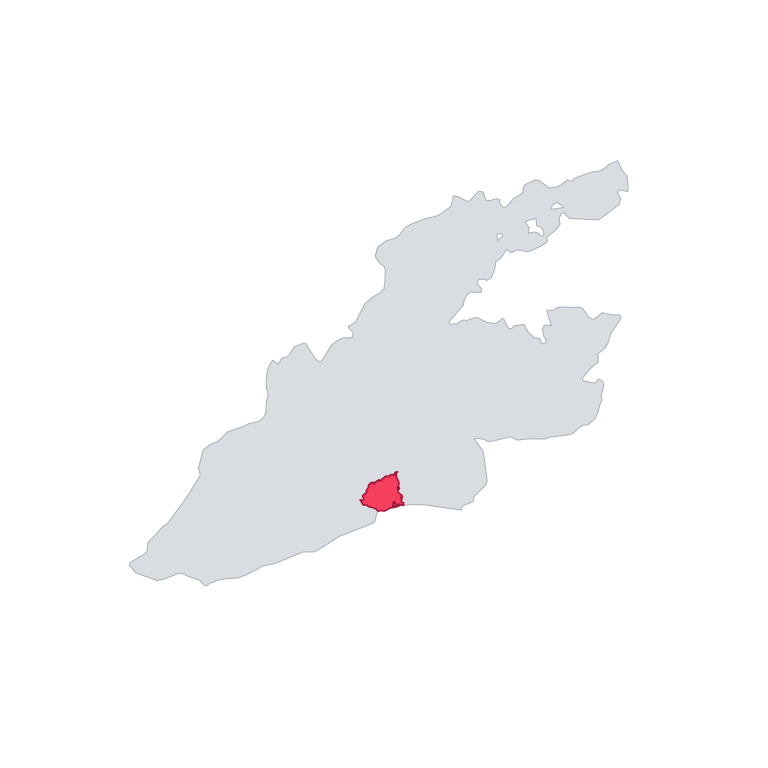 Chuy, Chuy, Kyrgyzstan (highlighted), rotated 157°
{"feature_id": "92254566B95692459438099", "entity_name": "Chuy", "entity_type": "district", "adm_level": 2, "iso_a3": "KGZ", "parent_name": "Kyrgyzstan", "parent_adm1": "Chuy", "projection": "orthographic", "projection_center": [75.313, 42.647], "detail": "fine", "context": "in_parent", "style": "filled", "palette": "rose", "viewbox_px": 768, "rotation_deg": 157, "n_neighbors": 0, "source": "geoboundaries", "source_scale": "gbopen_adm2", "svg_char_len": 8361}
<svg xmlns="http://www.w3.org/2000/svg" viewBox="0 0 768 768"><g transform="rotate(157 384 384)"><path d="M177.7,451.7L179.5,450.6L185.4,449.7L197.2,449.2L201.1,450.2L208.9,455.4L215.1,455.1L216.2,455.8L218.4,460.0L227.2,454.3L233.4,452.8L236.8,446.9L243.7,440.0L249.4,439.1L249.4,440.2L250.5,441.3L256.2,443.2L258.0,441.4L259.0,438.8L257.1,434.6L257.2,432.8L259.1,430.4L268.1,434.6L270.2,434.6L274.5,432.5L278.4,428.7L279.9,425.7L299.0,416.3L300.4,414.6L300.1,413.3L292.3,410.7L288.7,411.9L285.4,411.8L283.5,410.3L274.0,409.5L271.9,408.4L265.8,401.0L258.1,396.2L254.3,396.4L249.7,398.1L248.3,397.2L248.2,390.4L247.4,386.3L244.8,385.3L241.2,386.7L231.8,384.1L231.0,375.6L227.7,368.0L222.8,364.8L222.8,360.3L221.1,358.3L219.6,358.7L217.5,360.9L218.3,365.9L217.3,370.9L216.1,373.3L213.8,375.1L211.3,375.0L207.1,372.3L205.7,387.3L204.8,388.2L199.7,385.8L195.5,386.6L189.4,385.3L184.8,382.6L175.9,379.3L171.7,376.3L169.6,366.1L167.3,362.4L165.0,361.5L155.3,364.4L145.7,357.7L140.9,356.1L139.7,354.2L140.1,351.9L155.7,341.5L162.0,334.1L165.8,331.1L175.4,328.1L177.9,321.1L178.7,320.4L188.4,317.4L199.4,311.7L199.6,310.0L198.7,308.5L189.4,302.3L184.4,304.7L181.7,301.2L181.9,297.8L185.4,292.2L188.2,289.4L189.6,283.9L193.6,280.4L197.9,274.6L202.9,270.0L211.9,266.8L216.8,268.2L221.5,267.6L228.8,264.9L233.2,264.9L251.6,270.1L257.7,270.6L271.9,276.9L283.1,280.2L288.4,286.0L306.4,289.0L311.4,290.8L313.1,293.5L318.2,297.1L322.6,298.0L319.0,284.4L320.7,276.4L326.9,254.6L329.9,251.3L344.7,245.4L348.2,240.9L358.7,241.1L360.9,240.3L362.1,237.7L394.4,257.3L406.8,262.7L423.9,267.7L438.3,269.3L440.8,268.1L446.6,260.6L449.3,260.2L485.2,261.2L510.8,256.8L514.5,256.9L524.1,261.0L554.5,261.4L566.5,263.8L585.4,262.2L593.4,262.4L607.9,267.2L613.0,268.2L622.4,268.6L625.9,267.5L628.0,268.7L630.4,275.4L639.7,283.7L643.2,288.2L646.6,289.9L663.6,290.4L670.0,291.9L686.5,307.4L689.0,316.8L687.5,318.9L671.0,321.1L667.3,322.7L663.6,330.0L641.6,339.8L638.3,339.8L608.9,357.4L588.6,372.0L587.9,378.6L576.2,394.1L567.0,396.3L559.2,396.1L546.4,401.1L529.9,399.9L524.3,400.3L513.5,398.5L509.1,399.7L504.6,402.8L498.4,414.9L495.8,417.8L494.6,420.6L493.8,426.4L491.4,432.6L486.1,442.1L481.5,446.5L477.1,449.4L473.7,443.6L468.1,447.7L462.8,446.9L459.6,448.1L452.2,453.2L441.3,453.0L440.2,451.3L438.0,437.6L436.0,431.1L434.5,429.7L432.6,429.5L417.0,440.3L409.8,442.2L403.8,442.5L396.1,439.3L394.4,440.1L393.0,441.8L392.5,444.0L394.7,450.1L394.0,451.3L390.5,451.2L385.6,452.6L370.5,465.2L361.0,468.4L352.2,469.5L346.9,471.7L343.9,476.4L337.8,489.4L338.0,492.1L340.4,495.7L342.1,503.6L341.6,505.7L336.8,512.1L330.7,514.0L325.9,514.9L316.8,513.8L312.1,515.0L303.3,519.8L296.2,520.5L282.8,520.3L269.7,518.0L265.3,518.5L253.6,521.1L249.5,525.5L247.2,529.7L246.1,530.3L241.5,526.2L235.8,519.3L232.9,519.3L222.2,524.3L220.7,524.1L217.8,521.9L218.5,513.4L215.2,511.5L208.1,510.7L205.7,508.8L206.7,503.3L206.0,501.2L204.2,499.5L200.5,499.8L192.9,504.0L184.1,505.2L181.0,506.5L177.4,512.3L165.7,512.9L162.0,511.4L155.5,500.0L149.6,497.9L143.5,498.0L135.0,500.4L133.1,497.9L131.0,497.1L129.0,498.9L118.8,498.6L108.5,497.7L102.7,495.9L98.8,495.8L91.0,498.3L81.7,498.2L81.4,487.8L79.0,480.6L82.5,469.4L84.4,465.8L91.1,470.6L93.6,470.0L94.4,467.8L93.6,462.6L97.4,457.3L122.3,451.2L148.7,464.0L151.8,471.5L154.2,471.3L158.1,468.3L159.6,462.1L165.0,458.9L176.8,455.4L177.7,451.7ZM190.3,477.7L190.9,476.7L189.1,471.3L192.1,466.4L186.6,465.3L183.9,463.7L181.0,458.5L180.0,458.2L178.3,459.5L177.3,462.8L177.9,466.4L181.6,470.0L179.4,477.0L187.5,478.3L190.3,477.7ZM161.8,481.2L161.7,479.7L159.8,478.9L149.8,476.3L150.0,477.8L153.7,483.3L156.6,483.7L161.8,481.2ZM222.7,475.0L223.4,471.7L217.2,473.4L216.4,475.0L218.4,477.2L221.0,478.1L222.7,475.0Z" fill="#d9dde1" stroke="#a8b0b8" stroke-width="1"/><path d="M405.9,297.7L406.0,298.0L406.3,298.2L406.5,298.2L406.7,298.3L406.8,298.2L407.0,298.2L407.6,298.2L407.9,298.1L408.2,298.1L408.4,298.2L408.7,297.8L408.8,297.6L409.0,297.6L409.3,297.3L409.4,297.2L409.6,297.2L409.7,296.9L409.9,296.7L410.0,296.6L409.9,296.4L410.4,296.6L410.5,296.5L410.7,296.4L410.9,296.7L411.3,296.8L411.4,297.2L411.6,297.4L412.0,297.5L412.3,297.7L412.4,297.8L412.6,297.8L412.9,297.8L413.1,297.9L413.3,297.9L413.5,297.8L414.0,297.7L414.4,297.1L414.8,297.1L415.1,297.3L415.4,297.5L415.8,297.5L416.0,297.5L416.5,297.5L416.6,297.4L417.0,297.8L417.5,298.1L417.6,298.3L417.9,298.5L418.3,298.4L418.5,298.2L418.7,298.3L418.8,298.3L419.0,298.3L419.3,298.4L419.5,298.3L419.7,298.0L420.0,298.1L420.3,297.9L420.6,297.7L421.0,297.5L421.3,297.6L421.5,297.5L421.6,297.4L421.8,297.3L422.0,297.4L422.2,297.5L422.3,297.4L422.7,297.4L422.9,297.4L423.0,297.3L423.2,297.1L423.3,296.9L423.6,296.7L423.9,296.3L424.0,296.3L424.4,296.0L424.6,296.2L424.9,296.4L424.8,296.5L425.0,296.7L425.2,297.0L425.4,297.1L425.5,297.3L425.8,297.6L426.0,297.8L426.3,297.9L426.5,297.6L426.6,297.4L426.8,297.4L426.9,297.2L427.1,297.0L427.3,297.1L427.6,297.3L427.8,297.5L428.1,297.6L428.4,297.4L428.7,297.4L428.8,297.3L428.9,297.2L429.2,297.1L429.3,297.2L429.5,297.3L429.8,297.2L430.1,296.9L430.4,297.2L430.6,297.1L431.3,296.3L431.6,296.1L431.8,296.0L431.8,295.9L431.9,295.7L432.2,296.0L432.3,296.1L432.4,296.3L432.4,296.6L432.2,296.8L432.3,296.9L432.3,297.4L432.4,297.5L432.5,297.7L432.7,297.9L433.0,297.9L433.4,297.8L433.5,297.6L433.8,297.9L433.9,298.2L434.3,298.2L434.6,298.1L434.8,298.2L435.0,298.1L435.3,298.1L435.6,298.0L435.7,297.9L435.9,297.8L435.9,297.4L436.1,297.4L436.4,297.3L436.6,297.3L436.8,297.4L437.2,297.2L437.5,297.1L437.7,296.5L437.8,296.4L438.1,296.3L438.3,296.1L438.5,295.7L438.5,295.2L441.7,293.0L442.3,292.4L442.4,292.0L442.1,291.3L442.3,290.9L442.9,290.7L444.9,290.5L445.4,290.2L445.9,289.9L446.3,290.0L447.7,289.0L447.7,288.3L447.5,287.8L447.3,287.3L447.3,286.4L447.4,286.1L447.7,285.8L448.1,285.6L448.9,285.7L449.4,285.8L451.2,286.6L450.6,281.1L449.2,280.1L447.0,279.2L446.5,277.6L444.8,275.8L443.3,275.3L440.2,272.0L439.4,269.4L436.2,268.6L433.4,266.9L427.0,267.3L426.9,267.4L426.7,267.5L426.4,267.3L426.2,267.2L425.9,267.2L425.3,267.0L424.8,266.9L424.4,266.8L424.4,266.7L424.2,266.7L423.5,266.8L423.4,266.9L423.2,266.9L422.9,266.8L422.8,266.7L422.7,266.6L422.3,266.3L421.6,266.3L421.4,266.3L421.2,266.3L420.7,266.3L420.5,266.2L420.4,266.1L420.3,265.9L420.2,265.9L419.9,265.9L419.8,266.0L419.7,266.0L419.4,266.1L419.1,266.1L418.9,266.1L418.7,266.0L418.6,265.9L418.3,265.9L418.2,265.9L418.2,266.0L417.9,266.1L417.5,266.2L417.4,266.2L417.3,266.3L417.1,266.4L416.8,266.4L416.6,266.5L416.6,266.4L416.4,266.4L416.2,266.3L416.0,266.2L415.9,266.1L415.7,266.0L415.4,265.9L415.2,265.8L415.0,265.7L414.9,265.7L414.7,265.5L414.8,265.5L414.8,265.4L414.8,265.2L414.6,265.0L414.4,264.9L414.2,264.9L413.9,264.8L413.7,264.8L413.4,264.7L413.3,265.2L412.5,266.2L412.4,266.9L412.6,267.3L413.3,267.8L413.7,268.2L414.0,268.5L414.0,268.9L413.9,269.4L413.6,269.8L413.2,270.1L412.6,270.6L412.5,271.2L412.7,271.5L413.0,272.2L412.9,272.6L412.9,273.0L412.3,272.9L411.3,272.6L411.1,272.8L411.0,273.3L411.0,274.2L411.1,274.5L411.3,274.9L411.8,275.7L412.4,277.3L413.0,278.4L413.3,279.4L413.2,279.9L412.8,280.7L411.9,281.2L411.4,281.3L411.0,281.4L410.7,281.7L410.5,282.2L410.6,282.6L411.0,282.7L411.5,282.7L411.8,282.4L412.0,282.1L412.0,281.8L412.4,281.8L412.4,282.7L412.1,283.5L411.8,283.7L411.4,283.7L411.1,283.7L410.7,283.7L410.5,284.0L410.6,284.7L410.1,285.2L409.4,285.9L409.0,286.6L408.8,287.6L408.8,288.9L408.8,290.2L408.7,291.6L408.8,292.7L408.8,293.9L408.6,294.6L408.1,295.2L407.9,295.9L407.7,296.9L407.3,297.5L405.9,297.7ZM416.4,267.0L416.5,267.0L416.5,266.7L417.0,266.6L417.3,266.5L417.6,266.5L417.6,266.4L417.8,266.4L418.0,266.4L418.4,266.3L418.5,266.5L418.7,266.4L418.8,266.3L419.0,266.3L419.3,266.3L419.5,266.3L419.8,266.4L420.1,266.4L420.3,266.3L420.5,266.4L420.8,266.6L421.6,266.7L421.9,266.8L422.2,266.8L422.1,267.2L421.8,267.1L421.7,267.3L422.0,267.4L422.0,267.6L421.9,267.8L422.7,268.0L423.6,268.2L423.5,268.6L422.5,268.5L422.5,269.0L422.5,269.5L422.2,269.7L422.0,269.9L421.9,269.9L421.9,270.1L422.0,270.4L422.1,270.6L421.9,270.6L422.0,271.3L421.6,271.4L420.6,271.8L420.2,271.3L420.0,271.1L420.0,270.7L421.1,270.3L420.6,269.3L420.3,269.3L420.2,269.2L420.2,268.9L420.2,268.6L419.9,268.5L419.8,268.4L419.8,268.2L419.7,268.2L419.3,268.0L418.8,267.8L418.4,267.7L418.0,267.5L417.2,267.2L417.2,267.5L417.0,267.4L417.1,267.1L416.8,267.1L416.6,267.1L416.4,267.0Z" fill="#f43f5e" stroke="#9f1239" stroke-width="1.5"/></g></svg>